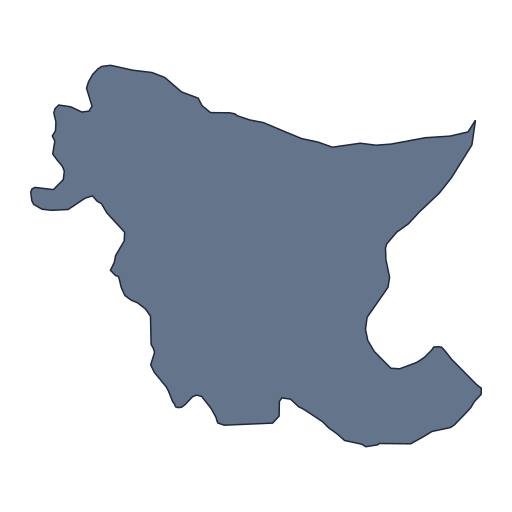 outline of Palín, Escuintla, Guatemala, rotated 90°
{"feature_id": "79465075B28219742708023", "entity_name": "Palín", "entity_type": "district", "adm_level": 2, "iso_a3": "GTM", "parent_name": "Guatemala", "parent_adm1": "Escuintla", "projection": "mercator", "projection_center": [-90.699, 14.394], "detail": "fine", "context": "isolated", "style": "filled", "palette": "slate", "viewbox_px": 512, "rotation_deg": 90, "n_neighbors": 0, "source": "geoboundaries", "source_scale": "gbopen_adm2", "svg_char_len": 2000}
<svg xmlns="http://www.w3.org/2000/svg" viewBox="0 0 512 512"><g transform="rotate(90 256 256)"><path d="M394.3,30.8L388.1,30.7L386.6,32.9L384.4,35.6L359.4,60.3L350.4,67.4L347.2,70.4L346.7,73.8L347.0,78.2L350.3,80.5L357.0,87.2L359.6,90.9L362.5,95.5L368.8,112.4L368.2,121.2L351.5,137.7L340.5,144.2L329.4,146.5L317.3,144.9L287.3,124.0L277.4,122.4L259.5,126.1L248.1,126.5L243.9,125.3L232.1,115.2L223.9,103.7L212.1,92.8L210.3,90.9L193.0,72.6L177.4,60.3L144.9,40.1L120.2,36.5L131.9,44.0L136.1,62.0L137.7,86.6L144.1,121.1L145.2,136.0L143.2,151.7L147.2,179.6L143.1,191.1L142.1,193.9L138.6,210.3L130.0,231.1L127.2,237.6L122.6,248.6L119.9,262.4L115.7,274.9L113.9,276.9L112.8,282.1L112.6,301.5L105.6,310.0L98.2,313.8L91.9,330.5L77.5,347.2L72.5,360.0L70.2,379.2L65.3,401.4L66.4,410.2L68.7,413.9L74.4,419.3L81.6,423.4L88.2,425.5L106.1,420.0L111.1,423.0L112.0,430.2L106.8,441.2L105.0,453.3L108.7,457.0L112.8,458.2L121.9,456.1L130.8,456.5L135.9,459.7L141.1,457.2L154.0,459.3L160.0,454.9L166.2,449.7L171.1,447.7L179.6,448.7L189.6,458.6L187.4,476.9L188.8,479.9L192.0,481.3L200.7,480.2L204.4,478.3L209.2,470.1L210.3,460.5L209.5,443.9L198.1,426.8L195.9,419.5L201.2,414.9L203.7,410.5L213.0,405.1L232.2,387.4L240.9,387.8L255.6,396.4L262.3,397.7L270.3,401.6L275.6,396.4L276.3,393.8L278.5,392.9L287.7,390.7L295.5,387.1L300.2,380.8L302.8,374.5L309.1,366.4L316.3,361.5L344.4,360.9L348.1,358.8L351.4,357.7L353.0,357.6L364.8,361.3L372.2,357.8L379.7,351.6L382.9,349.1L386.6,345.9L390.9,343.6L401.5,339.4L404.0,337.5L406.8,336.4L407.6,334.0L407.3,330.5L404.7,327.0L396.7,319.4L395.1,315.2L396.5,310.3L408.6,300.8L417.4,296.0L420.7,295.1L423.0,294.2L425.2,287.8L423.1,239.4L416.1,232.9L401.4,232.6L397.9,230.1L399.2,221.4L406.9,213.2L408.4,209.9L411.2,205.3L421.9,189.2L427.8,183.4L433.8,175.0L440.5,167.4L444.2,150.2L446.7,146.2L444.8,134.2L443.5,133.0L443.8,101.3L436.8,88.8L435.0,85.7L431.5,80.1L427.5,61.5L424.8,57.5L413.1,46.2L407.6,41.2L401.7,37.7L394.3,30.8Z" fill="#64748b" stroke="#1e293b" stroke-width="1.5"/></g></svg>